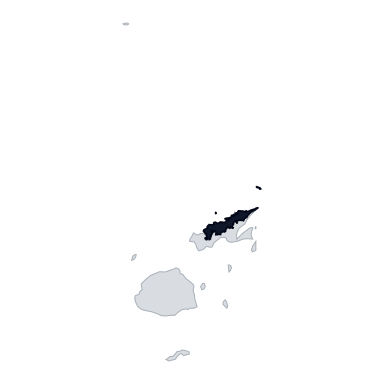 location of Macuata, Northern, Fiji
{"feature_id": "14151628B42533076410957", "entity_name": "Macuata", "entity_type": "district", "adm_level": 2, "iso_a3": "FJI", "parent_name": "Fiji", "parent_adm1": "Northern", "projection": "robinson", "projection_center": [179.331, -16.232], "detail": "fine", "context": "in_parent", "style": "filled", "palette": "ink", "viewbox_px": 384, "rotation_deg": 0, "n_neighbors": 0, "source": "geoboundaries", "source_scale": "gbopen_adm2", "svg_char_len": 7854}
<svg xmlns="http://www.w3.org/2000/svg" viewBox="0 0 384 384"><path d="M180.0,270.9L180.0,273.1L181.3,274.1L182.6,274.2L185.8,278.5L190.7,282.2L193.7,285.0L193.9,287.4L193.0,290.0L194.3,294.5L194.9,299.3L197.1,306.7L194.0,308.2L189.1,308.3L188.0,309.7L186.4,308.9L182.3,309.5L178.4,312.0L174.8,315.3L170.5,315.3L165.8,316.0L161.0,315.6L157.6,313.8L151.7,311.8L143.8,310.2L140.5,308.8L137.8,306.6L135.2,301.1L134.8,298.3L135.2,295.7L137.5,294.9L139.5,293.5L139.7,291.8L140.6,290.6L141.7,290.2L142.2,289.4L141.5,286.6L141.2,284.0L145.8,279.3L150.8,275.4L159.6,271.7L165.0,272.0L173.3,269.2L175.9,267.9L178.5,268.7L180.0,270.9ZM255.9,209.9L249.2,216.7L246.8,220.1L244.8,224.0L239.1,228.1L236.6,233.6L236.8,239.2L242.5,233.4L248.9,228.6L250.8,227.6L252.8,227.7L252.6,229.3L251.7,230.9L251.0,235.2L252.7,239.1L248.0,238.7L243.3,239.0L237.7,241.2L232.3,242.2L230.2,242.2L228.3,241.5L227.0,240.4L226.0,237.8L225.0,237.4L220.7,237.5L214.2,242.6L212.0,247.0L209.5,247.2L206.6,246.3L203.0,249.6L198.8,250.8L196.9,248.0L195.8,244.5L194.2,241.9L189.5,241.3L190.3,238.2L191.5,236.9L192.6,235.0L193.3,232.9L195.6,234.2L197.9,235.1L200.4,233.5L203.1,233.4L205.8,228.7L210.0,225.8L215.8,223.6L221.6,221.9L224.7,221.6L227.6,220.6L232.7,216.3L236.1,214.1L239.8,212.7L243.3,211.9L246.6,212.6L249.2,212.2L255.9,209.1L255.9,209.9ZM189.2,352.0L189.2,354.1L183.6,355.6L181.7,353.8L180.5,353.5L177.1,356.6L176.1,358.0L175.8,358.9L174.9,359.4L168.7,361.0L166.0,359.4L167.8,358.4L170.1,356.3L172.4,356.6L174.7,354.7L176.9,351.7L180.2,351.1L182.5,350.0L186.3,350.8L189.2,352.0ZM255.9,250.2L252.6,252.0L251.3,250.2L252.8,245.7L255.9,241.2L255.8,244.9L255.9,250.2ZM227.1,307.8L226.8,308.2L222.9,304.2L223.1,302.6L223.7,301.2L225.3,299.8L226.6,302.1L227.7,306.0L227.1,307.8ZM204.1,288.9L201.9,289.8L200.6,286.7L202.4,283.6L204.3,283.4L205.2,286.5L204.1,288.9ZM230.4,270.6L228.9,272.0L228.2,265.0L229.7,265.1L230.8,265.8L231.5,267.5L230.4,270.6ZM133.8,259.5L131.6,260.3L132.7,256.3L134.0,255.0L134.8,254.8L136.2,254.5L135.6,257.3L133.8,259.5ZM128.2,24.5L126.5,25.0L123.7,24.6L123.1,23.8L124.0,23.6L125.9,23.0L128.1,23.3L128.5,23.8L128.2,24.5ZM255.9,228.7L255.3,228.8L255.2,227.8L255.9,226.2L255.9,228.7Z" fill="#d9dde1" stroke="#a8b0b8" stroke-width="1"/><path d="M209.8,239.5L209.7,239.2L210.5,238.9L210.6,237.3L211.1,236.6L211.1,236.3L211.3,236.0L210.8,235.5L211.0,235.3L210.8,235.2L211.0,235.1L210.9,234.9L211.3,234.9L211.2,234.3L211.5,234.2L211.4,234.0L211.5,233.9L211.7,233.6L212.0,233.6L211.8,233.3L211.7,233.3L211.6,233.1L211.7,232.7L212.0,232.3L211.7,232.0L211.8,231.9L211.7,231.7L211.7,231.4L211.6,231.5L211.0,231.1L211.1,230.7L211.6,231.1L212.1,230.8L212.1,231.3L212.2,231.6L212.7,231.4L212.8,231.8L212.3,232.0L212.5,232.5L212.6,232.1L213.0,232.2L213.3,232.0L213.2,231.8L213.3,231.6L213.5,231.7L213.6,231.4L213.6,230.9L213.7,230.7L214.3,230.8L214.3,231.0L214.1,231.1L214.2,231.3L214.4,231.4L214.4,231.6L214.6,231.4L215.1,231.0L215.6,231.2L215.6,231.4L215.8,231.5L215.8,232.0L216.0,232.2L215.8,232.3L216.0,232.6L216.1,232.4L216.6,232.7L216.6,233.2L216.5,233.7L216.3,233.9L216.3,234.1L216.0,233.8L215.8,234.0L215.6,234.0L215.6,234.3L215.7,234.5L215.7,234.8L216.1,234.7L216.4,234.4L216.7,234.6L217.2,234.6L217.4,234.2L217.7,234.2L217.9,234.4L218.0,234.6L218.5,234.1L219.1,234.2L219.4,234.5L219.6,234.6L220.1,234.5L220.6,234.6L220.6,234.1L220.8,233.9L220.7,233.8L220.9,233.7L220.9,233.4L220.8,233.1L221.0,232.5L221.3,232.1L221.8,232.0L222.3,232.2L223.5,231.5L223.8,231.5L224.2,232.0L224.6,232.0L225.0,231.7L225.6,231.4L225.7,231.2L225.7,230.6L225.6,230.4L225.3,230.2L225.1,230.0L225.6,229.4L225.9,229.4L226.1,229.1L226.4,228.9L226.4,228.7L227.0,228.2L227.6,227.2L227.6,226.9L227.9,227.2L229.3,227.1L229.4,227.4L229.2,227.4L229.0,227.7L229.0,227.8L229.1,228.0L229.6,227.7L229.6,228.1L229.8,228.3L230.9,227.8L231.0,227.8L231.1,227.7L231.4,227.8L231.9,227.7L232.6,228.3L233.2,228.0L233.3,227.6L232.7,227.4L232.3,226.8L232.3,226.2L232.1,226.1L232.4,225.7L232.8,225.5L233.0,224.6L233.3,224.6L233.6,224.2L233.5,223.9L233.6,223.6L233.2,223.4L233.1,223.2L233.5,222.9L233.5,222.5L234.1,222.2L234.3,221.7L234.5,221.7L234.7,221.4L234.9,221.3L235.0,221.1L235.1,220.9L235.5,220.7L235.6,220.4L235.8,220.6L235.7,220.8L235.7,221.0L235.5,221.7L235.6,221.8L236.1,221.8L236.0,222.2L236.2,221.9L236.5,221.9L236.4,222.6L236.8,223.2L237.3,223.0L237.3,222.7L237.1,222.3L237.3,221.8L237.2,221.7L237.4,221.5L237.4,221.2L237.5,221.2L237.8,221.0L237.9,220.6L238.2,220.6L238.4,220.4L238.9,220.5L239.1,220.1L239.6,219.8L240.3,220.3L240.6,220.2L240.9,220.4L241.6,220.5L242.0,220.3L242.4,220.4L242.6,220.4L242.9,220.4L243.0,220.6L243.5,220.8L243.6,220.5L243.6,220.0L243.9,220.0L243.9,219.8L244.2,219.6L244.2,219.1L244.4,218.7L244.6,218.6L244.7,218.4L245.1,218.4L245.4,218.1L245.5,217.9L245.9,217.8L246.0,217.7L246.4,217.2L246.8,217.5L247.2,216.7L247.1,216.4L247.4,216.3L247.6,216.0L247.7,215.7L248.2,214.8L248.8,214.6L248.8,214.2L249.0,214.0L249.1,213.8L249.3,213.8L249.6,213.4L250.2,213.1L251.2,212.1L251.9,211.9L252.5,211.6L252.8,211.3L252.9,210.9L253.1,210.9L253.2,210.7L253.6,210.8L254.4,210.4L254.5,210.3L254.6,210.1L254.8,209.9L255.0,210.0L255.5,209.8L255.9,209.4L255.9,208.3L255.6,208.4L255.3,208.7L254.0,209.2L253.2,209.3L250.3,210.3L248.9,211.3L248.3,211.1L247.9,211.2L247.6,211.5L246.5,211.6L246.4,211.4L246.3,210.8L246.0,210.7L245.9,210.9L245.9,212.4L245.3,212.3L245.2,211.8L244.6,211.7L244.4,211.9L244.2,211.3L243.8,211.1L238.5,210.7L238.0,211.3L237.7,212.1L237.9,212.5L237.9,212.8L237.6,213.3L237.6,213.6L237.9,214.1L237.4,214.1L237.3,213.1L237.1,212.7L236.7,212.7L236.4,213.1L236.3,213.8L236.7,214.0L236.5,214.4L235.9,214.4L235.8,213.6L235.5,213.5L235.3,213.1L235.2,213.0L235.1,214.0L235.2,215.0L234.9,214.7L234.6,214.3L233.7,214.5L233.5,214.9L234.0,215.3L234.1,215.7L233.7,215.6L233.4,216.1L233.2,215.4L232.8,215.4L232.9,216.1L232.7,216.0L232.6,215.6L232.7,215.2L232.4,215.0L232.2,215.0L231.4,215.5L231.3,216.3L231.0,216.8L230.9,217.3L231.0,217.8L230.5,217.5L230.2,217.5L230.1,217.8L229.7,217.6L229.4,217.7L229.3,218.1L229.4,218.4L229.1,218.9L229.5,219.5L229.5,219.9L229.2,219.9L229.2,219.5L229.0,219.3L228.7,219.4L228.7,219.8L228.3,219.5L227.7,219.5L227.1,220.0L227.0,220.5L226.7,220.6L226.4,220.8L226.5,221.1L225.9,221.3L225.4,222.1L225.0,222.2L224.6,222.7L223.8,222.8L223.5,222.5L223.1,222.5L222.7,222.1L221.9,222.4L221.6,222.3L221.4,222.5L221.2,222.5L221.3,222.3L221.0,222.0L220.4,221.9L219.0,222.7L218.4,223.6L217.2,223.2L215.5,222.1L214.0,222.4L213.6,222.9L213.8,223.7L214.1,224.4L213.3,224.6L210.0,224.7L209.1,224.5L208.7,225.2L208.3,225.2L207.8,225.9L207.5,226.1L207.4,226.3L207.1,226.8L207.7,227.4L207.5,227.8L207.1,228.1L206.4,228.5L206.0,228.9L205.4,229.0L204.0,229.7L203.5,230.6L203.4,231.2L203.7,231.4L204.2,231.5L204.5,231.7L204.5,232.1L204.4,232.3L205.1,232.9L205.1,233.0L205.2,232.9L205.4,233.0L205.3,233.3L205.8,233.5L206.0,233.5L205.9,233.7L205.9,233.8L206.0,233.9L206.3,234.2L206.1,234.5L206.3,234.6L206.2,234.8L206.2,235.4L206.7,235.9L206.7,236.2L206.9,236.6L206.7,236.6L206.5,236.9L206.3,237.3L206.4,237.6L205.8,237.6L205.2,237.8L205.0,238.3L205.2,238.9L205.5,239.1L205.9,239.3L206.2,239.2L206.2,239.4L206.6,239.2L206.9,239.3L207.0,239.6L207.3,239.3L207.3,239.1L207.7,238.9L207.7,238.7L208.0,238.4L208.3,238.6L208.5,238.7L208.9,238.8L209.0,239.2L209.3,239.3L209.2,239.4L209.2,239.7L209.3,239.7L209.8,239.5ZM228.5,218.0L228.1,217.8L227.8,218.0L226.9,218.0L225.8,218.4L225.1,218.5L224.9,218.7L225.0,219.0L225.7,219.2L226.1,219.6L227.6,219.5L228.5,218.7L228.5,218.0ZM259.8,187.7L256.6,186.6L256.4,186.8L256.7,187.4L257.2,187.7L258.2,187.8L258.9,188.1L259.8,189.2L260.8,189.1L260.9,188.9L260.6,188.5L259.8,187.7ZM257.9,207.7L256.2,208.0L255.9,208.3L255.9,209.4L256.5,208.9L257.3,208.6L257.5,208.2L258.0,207.9L257.9,207.7ZM215.9,213.6L216.2,213.4L216.1,213.1L216.1,212.7L215.8,212.4L215.4,213.0L215.6,213.6L215.9,213.6Z" fill="#0f172a" stroke="#020617" stroke-width="1.5"/></svg>